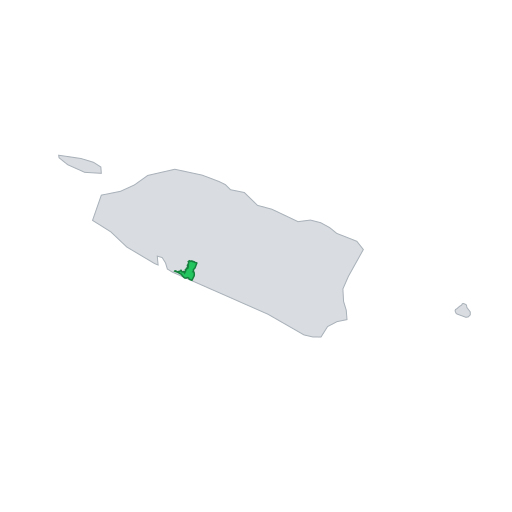 location of Dorado, Puerto Rico, rotated 202°
{"feature_id": "32010507B14965508281660", "entity_name": "Dorado", "entity_type": "district", "adm_level": 2, "iso_a3": "PRI", "parent_name": "Puerto Rico", "parent_adm1": "", "projection": "robinson", "projection_center": [-66.267, 18.432], "detail": "fine", "context": "in_parent", "style": "filled", "palette": "green", "viewbox_px": 512, "rotation_deg": 202, "n_neighbors": 0, "source": "geoboundaries", "source_scale": "gbopen_adm2", "svg_char_len": 2592}
<svg xmlns="http://www.w3.org/2000/svg" viewBox="0 0 512 512"><g transform="rotate(202 256 256)"><path d="M337.3,215.7L342.4,219.4L347.5,218.9L343.4,211.0L347.1,211.0L379.1,215.9L399.7,224.0L420.9,227.8L422.2,254.5L405.9,265.2L395.3,276.4L386.6,290.1L363.8,306.0L336.3,310.8L318.0,311.2L311.1,310.7L304.5,307.9L290.6,310.5L273.6,303.5L258.9,305.3L229.9,303.6L219.0,309.7L208.5,311.1L198.3,309.9L189.6,307.2L168.0,307.4L158.9,302.2L162.7,271.8L163.1,258.0L157.8,246.7L152.0,239.5L147.8,231.1L156.3,225.5L163.2,217.4L165.4,205.2L173.1,202.2L182.0,200.8L223.2,206.5L327.4,209.7L333.3,210.7L337.3,215.7ZM454.9,280.8L441.8,282.0L433.2,280.4L430.4,274.7L446.2,269.4L464.8,270.1L475.4,273.3L476.7,275.5L454.9,280.8ZM46.1,289.6L44.5,289.7L43.0,289.6L42.3,289.0L41.2,287.3L36.4,284.4L35.3,281.7L36.4,279.0L38.4,277.8L48.0,277.5L49.0,277.8L50.9,279.7L51.0,281.1L50.0,282.4L48.3,285.8L47.6,286.6L47.0,287.5L46.8,289.0L46.1,289.6Z" fill="#d9dde1" stroke="#a8b0b8" stroke-width="1"/><path d="M316.7,225.4L316.4,225.2L315.9,224.8L315.9,223.4L315.7,222.8L315.4,222.4L315.5,222.3L316.1,222.0L316.1,221.6L315.9,221.2L315.4,221.0L315.2,221.5L314.9,221.1L314.8,220.6L314.7,220.3L315.1,219.8L315.3,220.0L315.5,219.6L315.4,219.3L315.1,219.6L314.7,219.2L315.0,218.7L315.2,218.4L315.4,218.5L315.9,218.3L315.8,217.7L315.8,217.4L315.9,217.0L316.3,216.7L316.2,216.5L315.6,216.1L315.9,215.4L315.6,215.0L315.6,214.7L315.8,213.7L316.0,214.0L316.3,213.9L316.5,213.8L316.8,214.4L317.0,214.5L317.5,214.4L317.8,214.0L318.1,213.7L318.6,213.6L319.0,213.8L319.5,214.2L319.9,214.6L320.2,214.7L320.3,214.6L320.2,214.2L320.3,213.9L321.4,213.0L322.4,212.3L323.0,211.8L323.4,211.7L323.9,211.8L324.5,212.1L324.9,212.1L325.6,211.8L325.7,211.5L322.1,211.6L320.6,211.3L318.5,211.1L317.3,210.4L317.2,210.3L316.5,209.9L316.2,209.8L315.8,209.6L315.4,209.4L314.2,209.0L313.9,208.9L312.8,209.2L312.6,209.3L312.4,209.5L312.0,209.9L311.9,209.9L311.5,210.2L311.3,210.2L311.1,210.4L310.5,210.4L310.3,210.4L309.7,209.9L309.3,209.7L309.0,209.4L308.9,209.4L307.7,209.6L306.8,209.4L306.3,209.5L306.3,209.9L306.2,210.7L305.9,214.5L306.2,215.4L306.4,216.1L306.6,216.4L306.8,216.7L307.4,217.8L308.5,217.8L308.4,218.1L308.5,219.0L308.7,219.4L308.9,219.7L308.8,220.3L308.5,221.0L308.2,221.7L308.1,222.2L308.2,227.3L308.5,227.4L309.8,227.3L310.2,227.1L310.9,227.1L311.1,227.5L311.7,227.5L312.1,227.4L312.6,227.1L312.8,227.3L313.3,227.2L313.4,227.4L313.5,227.4L313.8,227.2L314.2,226.8L314.4,227.0L314.9,226.6L315.5,226.7L315.8,226.7L315.9,226.3L316.3,226.2L316.4,225.7L316.6,225.6L316.7,225.4Z" fill="#22c55e" stroke="#15803d" stroke-width="1.5"/></g></svg>